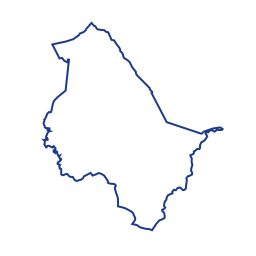 Kubang Pasu, Kedah, Malaysia (orthographic projection), rotated 103°
{"feature_id": "92858781B58701158776704", "entity_name": "Kubang Pasu", "entity_type": "district", "adm_level": 2, "iso_a3": "MYS", "parent_name": "Malaysia", "parent_adm1": "Kedah", "projection": "orthographic", "projection_center": [100.431, 6.377], "detail": "fine", "context": "isolated", "style": "outline", "palette": "blue", "viewbox_px": 256, "rotation_deg": 103, "n_neighbors": 0, "source": "geoboundaries", "source_scale": "gbopen_adm2", "svg_char_len": 3620}
<svg xmlns="http://www.w3.org/2000/svg" viewBox="0 0 256 256"><g transform="rotate(103 128 128)"><path d="M158.9,206.9L159.5,205.9L161.7,205.8L162.2,205.8L162.9,205.8L163.4,205.2L164.4,204.3L165.2,203.6L165.2,203.0L164.4,203.0L163.7,202.6L163.3,201.9L163.2,201.2L163.3,200.0L163.7,199.1L163.9,198.2L163.9,197.3L163.6,197.2L162.9,196.9L162.4,196.5L162.4,196.2L163.4,196.0L163.5,194.7L164.2,194.0L165.0,194.1L165.7,194.4L165.9,195.0L167.0,195.4L167.7,195.2L168.1,194.7L167.5,194.4L166.8,194.1L166.6,193.6L168.1,193.5L168.7,193.1L168.2,192.7L167.2,192.4L167.0,191.9L168.0,191.5L169.2,190.9L170.0,190.2L170.7,189.9L170.9,189.2L170.3,188.4L171.4,188.8L172.0,188.5L172.5,187.9L172.9,187.1L173.5,186.1L174.0,186.2L173.8,186.9L175.3,186.8L176.2,187.5L176.8,188.2L177.7,188.6L178.7,188.6L179.0,188.0L178.9,187.0L179.2,185.9L180.0,186.3L181.1,186.3L181.8,185.6L182.6,185.5L182.7,186.3L183.0,183.9L184.4,183.5L188.1,182.7L188.8,181.4L188.2,180.0L186.5,177.6L186.7,176.4L188.2,174.4L188.6,173.2L188.1,170.9L190.7,168.2L191.2,166.1L190.3,164.7L189.1,162.4L187.5,160.8L184.9,159.9L180.2,154.4L182.3,151.7L180.4,148.8L178.5,146.5L178.6,144.0L179.7,140.5L183.5,136.4L184.0,135.8L185.8,135.3L186.3,133.2L185.8,130.4L185.8,128.1L186.8,126.9L189.5,127.4L191.7,126.2L194.0,125.0L195.9,123.6L198.9,122.0L203.3,120.8L206.6,120.1L206.6,118.7L206.6,115.4L206.9,112.2L208.0,108.2L208.9,105.3L210.0,103.7L211.0,103.2L214.1,100.7L216.0,100.4L220.6,102.3L220.6,99.6L220.6,97.4L222.0,94.1L222.2,90.9L222.2,87.3L221.7,84.6L222.2,81.6L219.1,80.4L215.0,78.9L210.8,76.6L210.1,75.2L208.5,73.3L207.6,72.2L206.2,72.2L203.4,73.3L202.0,74.3L201.5,75.6L200.1,76.4L199.1,75.0L197.3,73.8L195.7,75.4L193.6,75.6L191.4,75.6L189.3,74.5L187.0,74.7L184.4,73.8L182.8,71.7L181.8,70.0L180.2,70.5L177.9,69.4L177.9,67.4L175.6,66.3L174.2,63.9L174.9,62.6L176.2,60.4L175.3,58.8L173.4,57.9L171.5,58.4L168.8,58.6L165.3,59.0L163.9,59.8L161.8,59.0L161.0,57.7L159.9,56.3L158.9,55.1L157.0,55.5L155.4,57.0L153.3,57.2L149.4,57.0L148.1,57.7L146.7,58.4L143.3,59.0L141.9,60.4L140.4,61.1L139.1,59.0L137.7,58.1L136.0,58.6L135.1,57.4L133.4,56.3L132.5,55.1L132.5,53.7L131.1,53.4L128.7,53.9L125.5,53.4L124.0,51.7L122.7,50.5L121.1,49.9L119.7,49.3L118.3,48.9L116.9,50.2L116.0,51.2L114.4,50.5L114.2,48.8L112.3,48.1L111.5,46.4L111.5,44.5L112.1,42.9L110.3,41.4L109.7,41.2L109.4,38.2L108.8,36.3L108.2,35.6L107.8,35.5L106.7,38.2L109.3,45.0L114.4,53.2L116.8,54.8L117.0,55.9L113.6,91.6L88.9,112.7L88.8,112.4L87.5,112.4L86.8,113.4L86.2,114.5L85.3,115.4L84.2,115.9L74.8,130.8L74.1,131.7L72.6,132.7L71.5,133.0L70.3,134.5L67.7,137.7L66.1,139.0L64.8,140.1L63.7,140.9L62.9,142.0L61.4,145.1L61.0,147.2L59.5,148.6L57.7,149.4L56.0,150.7L55.1,152.6L52.6,153.8L51.6,154.7L48.3,158.7L45.8,161.1L45.8,163.9L39.2,168.8L39.2,171.1L38.0,173.2L38.3,174.9L38.5,176.9L38.7,179.0L38.5,180.4L37.3,181.8L36.2,182.6L36.0,184.2L33.8,187.2L40.9,191.0L42.3,191.2L44.8,193.1L46.7,196.1L48.6,196.8L53.7,201.2L57.5,207.6L63.6,220.5L75.6,210.4L74.6,208.1L75.6,206.7L76.7,205.4L77.1,204.2L77.5,202.9L77.6,201.7L75.9,201.8L74.9,201.9L74.7,200.9L105.6,197.2L113.4,203.3L117.1,205.6L119.0,206.4L121.8,206.6L125.3,206.6L128.1,206.4L130.1,206.8L130.2,208.5L132.3,209.9L136.0,210.4L138.3,211.0L138.7,211.5L140.5,211.0L141.5,211.3L142.8,211.2L143.8,210.5L144.7,209.7L146.1,209.2L146.5,208.3L146.3,207.0L146.2,206.1L146.3,205.2L146.0,204.6L146.9,204.2L147.5,205.2L148.1,205.9L148.6,205.1L148.7,203.3L149.5,204.7L150.3,205.0L151.3,205.3L152.3,205.6L153.6,205.6L154.4,205.9L155.6,205.6L155.8,204.7L156.5,204.0L157.5,203.6L157.8,204.1L157.6,205.9L158.2,206.6L158.9,206.8L158.9,206.9Z" fill="none" stroke="#1e3a8a" stroke-width="2"/></g></svg>